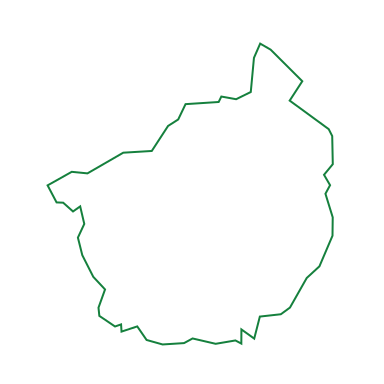 outline of Zajas, Zajas, North Macedonia, rotated 96°
{"feature_id": "65306769B7192425425597", "entity_name": "Zajas", "entity_type": "district", "adm_level": 2, "iso_a3": "MKD", "parent_name": "North Macedonia", "parent_adm1": "Zajas", "projection": "albers", "projection_center": [20.901, 41.603], "detail": "fine", "context": "isolated", "style": "outline", "palette": "green", "viewbox_px": 384, "rotation_deg": 96, "n_neighbors": 0, "source": "geoboundaries", "source_scale": "gbopen_adm2", "svg_char_len": 803}
<svg xmlns="http://www.w3.org/2000/svg" viewBox="0 0 384 384"><g transform="rotate(96 192 192)"><path d="M200.5,336.3L216.5,325.6L216.1,319.0L223.8,308.3L218.0,301.7L235.0,295.8L249.3,300.7L266.3,294.5L286.7,281.3L298.0,268.3L316.8,272.9L324.9,271.2L333.8,254.5L331.1,248.7L338.2,247.5L331.4,232.4L343.9,221.7L346.7,205.3L343.1,184.1L337.6,176.1L340.5,152.6L335.1,133.3L337.6,127.1L323.5,128.5L331.3,114.8L308.8,111.5L304.3,90.9L296.7,82.5L265.5,68.9L252.6,57.5L220.8,47.7L202.5,49.4L179.8,59.1L170.8,55.4L161.1,62.5L149.6,54.9L121.7,58.4L115.2,62.6L90.9,104.4L70.3,93.9L42.2,128.7L37.3,139.7L52.1,144.4L86.4,144.0L95.1,157.8L94.0,172.8L99.7,174.9L105.3,207.6L121.3,213.3L128.8,222.7L155.4,236.3L160.1,264.5L184.4,297.9L184.5,313.7L200.5,336.3Z" fill="none" stroke="#15803d" stroke-width="2"/></g></svg>